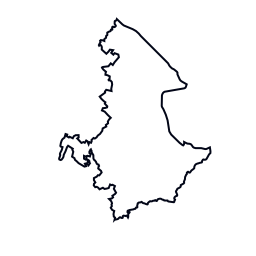 the border of Mpumalanga, rotated 315°
{"feature_id": "ZAF-1209", "entity_name": "Mpumalanga", "entity_type": "Province", "adm_level": 1, "iso_a3": "ZAF", "parent_name": "South Africa", "parent_adm1": "", "projection": "natural_earth1", "projection_center": [29.909, -25.737], "detail": "fine", "context": "isolated", "style": "outline", "palette": "ink", "viewbox_px": 256, "rotation_deg": 315, "n_neighbors": 0, "source": "natural_earth", "source_scale": "10m", "svg_char_len": 5785}
<svg xmlns="http://www.w3.org/2000/svg" viewBox="0 0 256 256"><g transform="rotate(315 128 128)"><path d="M197.6,52.7L201.2,61.4L202.2,65.1L202.4,68.8L202.1,72.1L202.1,110.6L201.4,112.9L201.2,114.1L201.2,115.7L201.3,117.2L201.7,118.2L202.0,119.2L202.3,122.2L202.3,123.2L202.1,123.8L201.9,124.1L201.5,124.4L201.0,124.9L200.7,125.5L198.9,130.3L198.7,131.6L198.9,133.1L200.4,138.6L198.1,139.8L197.0,140.1L195.8,139.7L179.6,128.3L178.6,128.0L177.5,128.0L176.1,128.4L175.0,129.0L167.4,136.3L166.9,137.3L166.3,139.8L164.1,145.4L161.4,150.6L154.8,159.6L153.9,163.2L154.0,174.9L154.4,178.2L154.7,179.3L155.4,179.3L156.0,179.1L156.7,178.7L157.3,178.2L157.8,177.6L158.7,180.4L159.2,181.3L160.3,182.6L160.7,183.3L161.0,184.2L160.9,185.4L160.5,187.3L160.7,188.5L161.6,190.1L165.6,194.1L167.5,197.2L168.1,197.9L168.7,198.3L172.2,199.6L169.9,202.7L168.5,204.0L166.6,204.0L161.7,205.4L160.6,205.3L159.6,204.5L159.2,203.7L158.6,203.4L157.1,203.7L156.2,204.4L155.9,204.5L155.3,204.2L154.3,203.5L152.9,202.8L152.6,202.7L152.1,202.3L151.6,202.1L150.2,201.6L149.1,201.7L147.9,202.1L147.1,202.6L146.5,203.2L145.6,203.3L142.8,202.9L140.4,203.3L139.8,202.9L139.6,202.5L139.6,201.6L139.4,201.5L139.3,201.3L138.5,201.2L138.2,201.2L137.9,201.3L137.1,202.1L136.9,202.2L136.0,202.2L135.7,202.3L134.5,202.8L134.0,202.9L133.3,203.4L132.0,204.5L129.6,205.5L129.3,205.9L128.9,206.5L128.1,206.6L125.0,205.7L124.5,206.1L123.7,206.7L123.2,206.8L121.1,206.3L120.5,206.0L120.0,205.9L118.4,206.4L117.4,206.6L116.8,207.0L116.5,207.8L116.2,208.6L115.8,209.5L115.5,210.1L115.2,210.4L114.8,210.6L113.8,210.1L112.9,209.9L112.2,209.9L111.5,210.1L111.1,210.3L110.8,210.7L110.7,210.9L110.7,211.9L110.6,212.0L110.4,212.1L109.7,212.1L109.3,212.3L108.9,212.7L108.5,212.9L108.0,212.9L107.6,212.5L104.6,208.5L104.5,208.1L104.5,207.8L104.7,207.3L104.6,207.1L103.7,206.3L102.4,204.9L102.3,204.6L102.4,204.1L102.3,203.8L102.1,203.6L101.7,203.1L101.3,201.5L100.7,200.6L99.1,199.6L98.5,199.5L97.3,199.9L96.7,199.9L96.4,199.5L96.3,199.2L96.5,198.6L96.4,198.4L95.9,198.1L95.0,197.9L94.4,197.2L93.2,196.8L92.3,196.1L91.9,195.4L91.5,195.3L90.2,195.1L89.3,195.1L88.8,195.2L88.1,195.8L87.9,195.8L87.6,195.7L87.2,195.0L86.8,194.2L86.3,192.8L85.6,191.9L85.5,191.6L85.5,191.1L85.4,190.6L85.4,189.9L85.2,189.7L84.9,189.7L84.5,189.6L82.8,188.3L82.0,188.2L81.5,188.2L81.1,188.5L80.7,188.9L80.0,189.1L79.7,189.3L78.9,190.3L78.6,190.6L78.2,190.6L77.7,190.1L77.3,189.9L76.6,190.2L76.1,190.3L75.7,190.1L75.3,189.7L74.7,189.5L74.2,189.3L71.1,187.1L69.3,186.3L68.2,187.0L68.1,187.5L68.4,187.4L68.8,187.6L69.5,188.3L69.6,188.7L68.9,188.9L68.1,188.9L67.5,189.0L67.0,189.3L65.2,191.1L64.7,191.3L65.0,190.1L65.3,189.5L65.2,189.1L64.1,188.6L63.9,188.1L63.4,187.6L63.0,187.0L62.8,186.8L62.5,186.7L62.0,186.7L61.5,187.0L61.1,187.5L60.9,187.7L60.7,187.7L60.4,187.6L59.8,187.0L59.6,186.5L59.4,185.6L59.2,185.4L58.8,185.3L57.9,185.2L57.0,185.3L56.3,185.1L54.2,183.8L53.9,183.4L53.6,183.4L55.5,182.2L55.3,181.5L55.5,180.3L56.2,179.6L56.8,178.7L57.8,178.0L59.6,176.9L58.9,174.8L59.4,172.2L61.4,171.8L61.9,170.9L62.3,170.4L63.3,170.1L63.5,169.9L64.1,168.6L64.4,167.7L64.4,164.8L66.6,166.3L68.4,166.5L69.0,164.9L72.3,165.5L73.8,165.3L75.0,161.0L77.7,159.8L76.9,157.2L75.9,156.7L75.4,155.3L71.9,156.8L70.0,155.7L68.3,154.5L68.0,152.5L64.5,151.2L64.7,149.2L64.3,147.5L63.0,146.7L63.2,144.4L64.5,143.4L66.4,143.4L67.0,140.8L68.5,139.3L71.5,140.3L73.3,140.1L74.2,141.2L77.9,140.8L78.6,139.3L78.3,135.6L79.7,134.6L80.7,134.4L81.3,133.0L80.7,132.1L80.7,131.0L81.4,129.4L81.7,127.4L81.5,126.3L82.1,125.0L84.3,122.7L85.1,119.5L86.2,118.2L86.4,117.1L86.6,116.8L86.1,116.7L85.4,117.2L84.2,117.3L83.0,118.4L83.2,120.0L80.9,121.2L79.8,119.1L78.9,118.6L78.0,119.3L77.8,118.2L77.2,116.6L75.2,118.6L75.8,120.5L76.6,120.3L77.4,123.0L77.3,123.7L76.1,123.0L75.5,123.7L76.3,124.9L76.2,126.0L73.6,126.5L73.8,123.7L72.3,122.8L71.4,125.4L69.9,124.5L68.2,117.9L68.2,115.4L68.0,113.0L68.8,111.5L68.2,108.7L72.5,106.1L73.4,103.8L74.3,103.6L73.1,98.2L71.4,98.4L67.3,100.3L63.7,101.5L62.6,102.3L61.8,102.8L60.4,103.2L58.7,103.4L57.8,103.1L57.4,102.3L57.2,101.8L57.4,101.2L58.0,100.7L59.4,100.1L61.0,99.2L61.4,98.3L62.1,97.9L63.1,97.5L64.2,97.2L65.8,96.6L68.2,95.2L67.3,93.5L67.5,92.8L70.0,91.1L72.2,90.0L73.2,89.7L74.1,89.6L76.3,89.9L79.6,88.1L80.4,89.7L78.9,90.6L79.5,92.9L80.5,92.9L81.7,96.2L83.9,95.5L85.9,96.1L88.0,98.1L86.4,99.8L84.7,99.5L84.6,103.0L84.5,105.6L86.6,106.5L87.0,107.9L89.6,107.3L89.9,108.6L88.7,111.6L90.7,110.6L91.4,112.3L92.9,111.7L93.7,110.7L96.6,110.7L97.1,112.0L99.1,112.4L101.3,112.0L104.0,112.4L107.8,111.8L109.8,110.4L113.7,111.6L114.5,110.2L117.2,110.6L118.3,109.2L120.5,108.6L123.0,108.6L122.9,104.6L123.1,99.9L122.0,97.2L124.2,96.2L126.2,97.8L127.8,98.6L128.7,98.0L128.8,94.4L130.2,93.8L129.9,92.2L129.8,88.5L130.2,85.8L136.8,86.8L137.5,85.9L139.6,85.6L142.5,90.2L143.8,88.5L147.6,86.0L149.1,84.0L149.2,82.0L148.1,80.7L148.3,80.2L150.0,80.0L151.6,78.6L150.8,76.2L149.7,74.4L151.1,73.2L152.2,72.7L151.9,69.5L152.1,67.5L152.4,66.8L153.4,67.1L157.8,70.5L161.5,70.1L161.8,72.7L164.9,72.0L171.6,71.5L173.1,69.2L171.4,65.6L169.5,65.8L169.3,63.0L172.5,62.4L170.6,59.8L168.3,60.2L165.2,60.2L164.9,54.0L166.7,52.3L167.3,50.9L167.3,49.5L165.8,49.4L166.0,48.8L168.0,48.1L169.3,47.9L169.9,46.6L170.9,46.6L172.1,48.1L172.8,49.7L173.8,48.6L174.5,48.4L176.0,48.7L176.5,48.5L177.1,47.9L177.6,47.5L177.9,47.4L178.9,47.7L179.1,47.6L179.7,47.1L180.6,46.0L180.9,45.9L182.9,46.5L183.8,47.0L184.3,47.1L185.2,46.5L185.5,46.4L185.7,46.5L186.1,47.1L186.4,47.3L186.8,47.1L187.4,46.2L187.8,45.8L188.2,45.5L188.7,45.5L189.1,45.8L189.2,46.0L189.3,46.5L189.5,46.8L189.8,47.1L190.5,47.3L191.3,47.3L191.7,47.0L191.8,46.9L192.1,45.2L192.2,44.9L194.0,43.2L194.3,43.1L194.5,43.1L195.1,43.5L195.6,43.5L196.6,43.4L197.1,43.1L197.3,50.7L197.6,52.7Z" fill="none" stroke="#020617" stroke-width="2"/></g></svg>